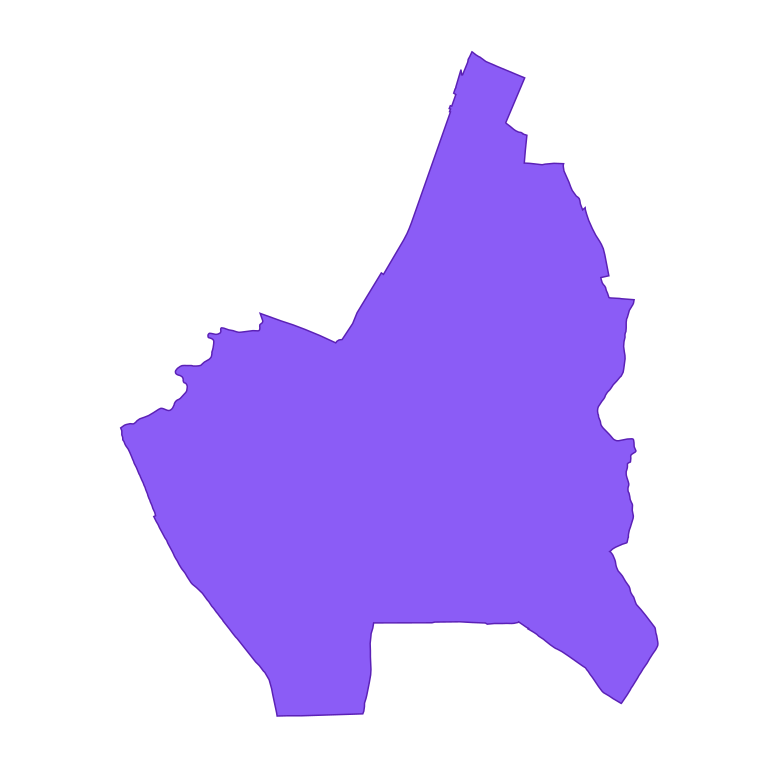 Priponesti, Galati, Romania (Albers equal-area conic projection), rotated 178°
{"feature_id": "2599482B25446233483835", "entity_name": "Priponesti", "entity_type": "district", "adm_level": 2, "iso_a3": "ROU", "parent_name": "Romania", "parent_adm1": "Galati", "projection": "albers", "projection_center": [27.48, 46.089], "detail": "fine", "context": "isolated", "style": "filled", "palette": "violet", "viewbox_px": 768, "rotation_deg": 178, "n_neighbors": 0, "source": "geoboundaries", "source_scale": "gbopen_adm2", "svg_char_len": 6133}
<svg xmlns="http://www.w3.org/2000/svg" viewBox="0 0 768 768"><g transform="rotate(178 384 384)"><path d="M284.5,712.9L287.0,708.0L288.5,705.6L289.1,702.7L294.7,690.2L295.7,690.3L295.6,690.8L296.1,695.5L301.9,678.1L301.8,677.6L302.6,676.5L304.2,672.2L302.1,670.8L306.6,659.3L308.0,659.8L309.2,657.0L307.9,656.5L309.0,653.9L308.1,653.6L350.9,544.3L353.2,538.9L355.7,533.6L359.4,527.1L380.7,493.6L382.8,495.1L383.2,494.5L408.4,456.2L413.2,445.5L424.3,429.9L427.4,429.6L429.5,428.4L430.8,426.8L446.5,434.7L461.0,441.3L472.9,446.3L484.8,450.7L505.3,458.9L503.0,451.5L503.0,450.5L503.6,449.4L505.9,447.7L506.2,446.2L506.1,444.3L506.4,442.6L507.0,441.8L508.0,441.5L513.1,441.9L525.0,440.8L527.2,440.7L529.5,441.3L533.0,442.6L537.2,443.5L542.1,445.4L544.3,445.8L544.8,445.6L545.1,445.2L545.3,444.5L545.2,442.4L545.3,441.8L545.8,441.0L546.3,440.5L548.2,439.7L549.6,439.5L550.6,439.5L554.6,440.5L556.4,440.8L557.0,440.6L557.5,440.2L558.2,439.1L558.2,437.6L558.1,437.0L557.7,436.5L555.4,435.7L553.8,434.8L553.2,434.2L552.6,432.8L552.8,430.2L553.5,426.3L554.1,424.1L554.9,421.9L554.9,420.5L555.4,418.0L555.8,417.0L556.3,416.3L557.7,414.9L562.7,412.2L563.6,411.5L566.5,409.0L568.8,408.6L571.3,408.5L573.9,408.6L575.5,409.1L576.5,409.2L580.3,409.3L582.9,409.5L585.2,409.4L587.0,408.7L589.5,407.1L590.1,406.6L591.6,404.8L592.0,404.0L592.0,402.8L591.9,402.2L591.2,401.2L590.5,400.7L589.5,400.2L587.3,399.5L585.5,398.2L585.1,397.6L584.5,396.1L584.6,394.4L584.3,393.1L583.6,392.2L582.2,391.7L581.3,390.5L580.7,388.8L580.8,387.3L581.3,384.6L581.6,383.7L582.4,382.5L588.1,376.7L589.6,375.8L591.2,375.2L592.6,374.1L593.2,373.4L594.1,371.9L594.5,370.4L595.5,368.5L596.1,367.4L597.1,366.3L598.6,365.2L600.3,365.0L601.8,365.4L605.1,366.9L606.3,367.3L607.7,367.5L608.4,367.3L610.2,366.5L615.2,363.5L620.3,360.7L624.5,359.2L629.3,357.7L631.8,356.1L632.4,355.6L633.4,354.5L635.4,353.0L636.5,352.9L639.1,353.2L643.0,352.5L644.8,351.9L648.7,349.3L647.7,346.5L647.7,344.7L647.8,342.3L647.2,340.5L647.0,339.4L647.0,337.5L646.8,336.9L645.9,335.7L645.0,333.0L644.2,331.3L642.0,328.0L640.6,324.9L638.7,320.0L637.7,317.1L637.1,315.8L636.4,313.4L634.3,309.0L631.9,302.5L631.2,301.3L630.5,299.2L630.0,298.1L629.6,296.9L628.2,293.8L627.3,291.0L626.4,289.0L625.8,286.7L624.2,282.4L623.9,280.9L623.0,278.1L622.1,276.1L621.7,274.5L620.2,270.8L619.3,267.6L617.6,263.7L616.9,260.3L618.7,259.6L616.5,254.7L614.7,251.4L613.4,248.2L611.9,245.2L608.3,237.9L606.7,235.4L605.6,232.4L601.4,223.9L600.3,221.4L599.5,219.3L598.1,216.6L596.9,214.6L595.1,210.8L594.0,208.8L592.7,206.5L590.2,203.1L589.2,201.6L587.4,198.2L583.8,192.2L582.4,190.5L578.5,187.1L572.8,181.2L568.2,174.4L566.7,172.6L564.0,168.1L562.1,165.8L559.6,162.0L557.9,159.8L556.0,157.0L553.6,153.9L553.1,152.8L547.2,144.8L544.0,140.2L541.2,136.4L539.7,134.8L521.9,110.6L518.4,106.9L514.5,101.3L513.2,100.0L509.1,92.4L506.9,83.2L506.1,77.9L502.8,59.1L502.4,55.9L491.9,55.8L478.1,55.3L416.7,55.1L415.6,57.7L414.8,62.2L414.6,65.8L413.0,70.3L412.1,73.5L409.2,85.7L407.5,93.7L407.0,99.1L407.1,111.9L406.9,117.9L406.9,125.1L405.8,133.0L405.6,134.9L403.7,140.5L402.7,145.6L344.3,143.7L341.5,144.3L316.4,143.7L304.5,142.6L291.0,141.6L289.2,140.4L281.8,140.8L274.0,140.5L269.8,140.5L264.8,140.2L262.5,140.3L258.4,141.0L257.8,141.6L250.0,135.8L248.0,134.7L248.6,134.2L243.1,130.7L240.0,128.5L238.2,126.6L233.5,123.3L231.4,121.4L226.7,117.4L223.1,114.7L221.8,113.8L220.1,113.0L215.6,110.4L209.5,106.0L195.4,95.3L192.5,93.3L191.3,91.3L190.0,89.7L188.1,86.5L185.9,83.4L180.1,74.1L176.9,69.5L175.4,67.9L170.2,64.6L165.8,61.4L158.1,56.5L157.5,57.1L151.8,64.9L148.4,70.0L147.7,71.4L146.3,73.2L140.8,81.4L139.4,83.8L137.5,86.4L134.9,90.4L130.7,96.0L128.2,100.1L125.1,104.6L121.7,109.1L119.9,112.3L119.5,113.4L119.3,114.9L119.4,116.6L120.3,123.1L121.0,125.8L121.4,129.7L121.7,131.0L122.2,131.8L130.5,143.5L135.1,149.6L139.5,154.9L140.4,157.3L141.9,162.3L143.3,164.4L144.5,166.7L144.9,167.9L145.5,171.3L146.2,173.2L149.6,178.4L152.4,183.7L154.0,185.9L156.6,189.1L158.0,192.7L158.5,194.8L159.0,198.7L159.6,200.8L161.2,204.9L162.3,206.7L163.5,208.1L164.3,208.7L163.3,209.3L162.4,210.2L161.2,211.2L158.3,212.8L151.6,215.5L147.0,216.8L146.6,217.3L145.5,221.6L145.1,222.4L145.1,223.7L144.9,225.4L143.9,229.5L142.8,232.2L139.7,241.2L139.4,243.3L140.3,249.1L140.0,252.8L139.9,253.6L139.9,254.5L140.2,255.6L141.0,257.3L142.0,260.0L142.3,262.9L142.8,265.7L143.0,266.6L143.6,267.6L143.8,268.4L143.9,270.8L143.6,272.4L143.0,274.0L142.8,275.5L143.3,277.8L144.6,282.4L145.0,284.2L145.1,286.0L145.0,288.0L144.0,290.8L143.6,292.6L143.5,295.7L142.4,296.7L140.7,297.3L140.4,297.6L139.9,301.3L140.0,302.7L139.8,304.2L138.3,305.5L135.3,307.2L134.6,308.1L134.6,308.6L136.0,312.1L136.2,313.1L136.2,316.6L136.5,319.2L136.8,320.0L137.4,320.4L138.3,320.6L142.8,320.5L151.5,319.1L153.3,319.2L154.3,319.5L156.0,320.4L156.9,321.2L160.6,325.8L166.5,332.3L167.8,334.1L168.7,336.0L169.1,339.1L170.5,343.0L170.7,343.8L170.8,345.5L171.2,346.5L171.5,348.8L171.5,350.1L171.2,352.1L170.6,353.8L166.8,359.2L165.3,360.9L164.0,362.7L162.9,365.3L162.1,366.4L161.0,368.0L158.5,370.4L157.3,371.9L154.9,375.3L151.4,378.7L148.0,382.5L146.7,383.6L144.6,387.4L143.9,390.6L142.2,400.7L142.2,404.1L142.7,407.9L143.2,413.1L142.7,417.8L141.5,422.3L141.5,424.7L141.1,426.5L140.4,428.0L140.0,431.5L139.8,437.2L139.2,440.8L138.6,441.7L136.2,449.1L132.5,454.7L131.8,456.2L131.1,459.5L143.5,460.9L145.7,461.3L153.6,462.0L155.3,462.2L156.2,462.6L157.4,466.8L158.6,469.8L159.2,472.7L160.2,474.5L161.3,475.7L162.4,477.6L163.3,481.0L163.6,482.8L155.5,484.3L158.8,505.3L160.1,511.5L161.9,516.0L162.8,517.7L163.4,518.9L167.2,525.3L170.3,531.9L173.7,540.3L175.6,546.7L176.7,551.3L176.8,553.2L179.4,551.1L181.4,556.9L181.9,560.6L182.5,562.6L183.6,563.8L185.3,565.1L189.1,570.8L190.5,574.3L192.1,579.2L196.7,590.6L197.2,594.9L197.2,596.6L196.8,597.9L206.4,598.6L215.3,598.1L218.3,597.6L230.4,599.4L236.1,599.9L234.6,612.5L232.5,627.6L236.4,629.0L236.4,629.4L238.3,630.6L240.6,631.0L243.5,632.5L245.4,633.9L248.5,636.7L252.6,640.1L253.2,640.9L232.7,685.0L259.3,697.2L270.9,702.7L276.8,707.4L277.8,707.8L281.0,710.0L284.1,712.7L284.5,712.9Z" fill="#8b5cf6" stroke="#5b21b6" stroke-width="1.5"/></g></svg>